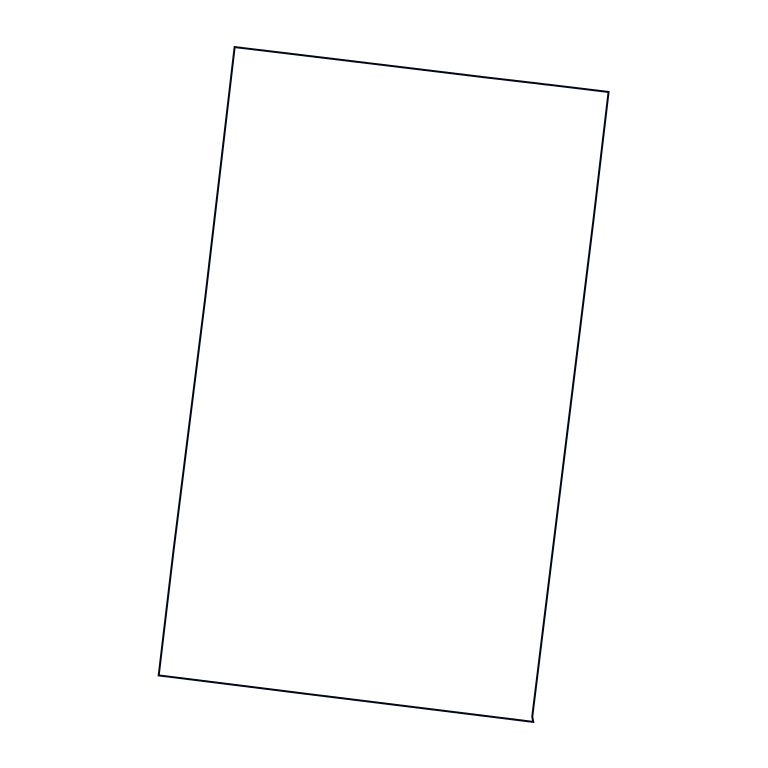 the district of Harvey, Kansas, United States of America, rotated 277°
{"feature_id": "52423323B99569096739159", "entity_name": "Harvey", "entity_type": "district", "adm_level": 2, "iso_a3": "USA", "parent_name": "United States of America", "parent_adm1": "Kansas", "projection": "natural_earth1", "projection_center": [-97.372, 38.043], "detail": "fine", "context": "isolated", "style": "outline", "palette": "ink", "viewbox_px": 768, "rotation_deg": 277, "n_neighbors": 0, "source": "geoboundaries", "source_scale": "gbopen_adm2", "svg_char_len": 353}
<svg xmlns="http://www.w3.org/2000/svg" viewBox="0 0 768 768"><g transform="rotate(277 384 384)"><path d="M67.3,195.9L67.0,341.9L66.8,573.3L71.9,571.7L573.4,571.9L701.2,571.3L701.1,509.1L701.0,508.3L701.1,496.3L701.0,494.2L700.7,445.3L700.5,319.7L700.2,194.7L448.0,196.1L193.9,195.4L67.3,195.9Z" fill="none" stroke="#020617" stroke-width="2"/></g></svg>